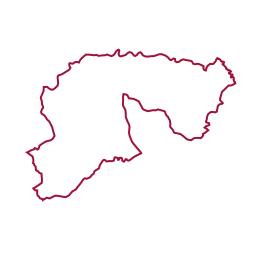 the district of Tupambaé, Cerro Largo, Uruguay, rotated 105°
{"feature_id": "84410073B70761357527", "entity_name": "Tupambaé", "entity_type": "district", "adm_level": 2, "iso_a3": "URY", "parent_name": "Uruguay", "parent_adm1": "Cerro Largo", "projection": "mercator", "projection_center": [-54.805, -32.631], "detail": "fine", "context": "isolated", "style": "outline", "palette": "rose", "viewbox_px": 256, "rotation_deg": 105, "n_neighbors": 0, "source": "geoboundaries", "source_scale": "gbopen_adm2", "svg_char_len": 5532}
<svg xmlns="http://www.w3.org/2000/svg" viewBox="0 0 256 256"><g transform="rotate(105 128 128)"><path d="M110.2,220.0L113.3,219.3L114.0,219.2L114.6,219.2L115.9,219.4L120.7,220.1L121.1,220.1L121.3,220.1L121.6,220.0L121.9,219.8L123.8,218.6L124.4,218.2L125.1,218.0L126.8,217.4L127.3,217.2L127.7,216.9L128.4,216.3L128.9,216.0L129.1,215.8L129.3,215.7L129.7,215.5L130.7,215.2L131.9,215.9L133.5,216.1L134.9,216.1L136.1,215.5L136.7,214.8L136.9,213.9L137.1,212.9L137.3,212.6L137.8,211.6L138.1,211.2L138.3,210.9L138.6,210.6L140.2,208.9L140.6,208.5L140.8,208.2L141.4,207.1L141.8,206.2L142.1,205.8L146.0,202.1L146.5,201.7L147.3,201.2L153.7,197.5L154.6,196.9L155.9,197.3L157.3,197.6L158.7,198.5L160.0,199.7L160.7,201.0L161.1,202.0L161.4,202.2L161.5,202.4L162.4,203.9L162.6,204.2L166.3,207.6L167.8,208.8L168.2,208.9L169.0,208.9L170.0,208.8L170.3,208.9L170.7,209.2L170.8,209.2L171.0,209.2L171.4,209.2L171.5,209.2L171.6,209.3L172.1,209.8L172.3,210.0L172.1,210.4L172.0,210.6L171.5,212.5L171.5,212.8L172.8,213.1L174.0,215.0L175.3,216.6L175.5,216.8L176.6,217.8L177.4,218.8L177.7,219.2L179.8,213.9L180.0,213.1L181.4,212.1L183.0,211.3L184.6,210.8L186.5,210.6L186.9,209.6L188.2,208.8L189.4,207.1L191.6,206.4L192.6,205.9L193.2,203.3L194.0,202.8L194.2,201.7L194.6,200.4L194.5,199.7L197.6,198.7L199.8,197.8L203.3,197.1L206.8,200.0L208.4,201.5L209.1,202.0L210.8,203.8L211.9,202.3L212.2,201.1L211.8,199.5L212.9,199.2L214.3,199.0L215.4,198.5L216.4,198.0L216.9,197.2L217.5,196.0L218.7,194.8L218.7,194.0L218.8,193.2L218.8,192.7L218.6,192.2L218.8,191.5L219.4,191.4L216.4,188.5L216.3,185.5L213.3,182.1L212.0,180.2L211.5,176.4L211.2,172.5L210.9,170.3L208.2,167.4L206.2,166.6L203.8,165.4L200.5,162.2L198.5,161.7L195.7,160.3L191.9,158.8L189.2,157.9L187.8,156.7L187.7,154.9L186.1,152.6L184.7,151.4L182.9,150.9L181.2,149.4L178.2,149.1L174.5,145.6L171.3,145.6L168.7,144.8L166.4,144.1L165.1,143.2L164.9,141.9L165.2,141.3L165.8,140.2L165.7,139.3L164.9,138.0L164.5,136.1L164.1,134.7L162.9,133.1L161.4,133.3L160.1,133.3L159.5,132.7L159.6,131.9L159.6,130.7L159.6,130.0L160.7,129.7L161.3,129.3L161.1,128.7L160.0,128.4L159.0,128.2L158.5,126.8L158.9,126.1L160.0,125.4L161.0,125.1L161.5,124.1L161.5,123.1L159.8,122.4L158.8,122.3L158.6,121.2L159.2,120.5L159.5,119.4L158.8,118.2L154.4,114.7L150.2,110.2L149.0,108.7L148.3,109.2L141.9,118.5L140.0,120.8L135.7,124.0L132.6,125.7L130.7,126.1L126.5,126.8L124.2,128.0L122.0,130.0L118.4,132.7L116.5,133.4L114.7,133.9L111.6,135.0L110.5,135.9L107.4,138.8L103.2,139.7L99.2,140.8L97.0,141.2L96.4,141.1L96.2,138.6L96.4,137.2L97.6,136.1L98.5,135.3L99.1,134.8L98.7,132.4L98.4,129.8L98.7,128.5L99.4,124.7L104.3,119.9L105.5,119.0L106.1,117.8L106.5,115.4L106.6,113.2L104.2,108.1L103.9,106.2L102.3,103.8L102.3,101.1L102.3,97.5L102.8,96.4L104.7,95.3L106.2,93.7L106.8,92.4L108.2,91.2L109.6,89.7L112.8,88.2L114.8,87.9L116.2,87.3L117.9,84.6L119.4,83.2L120.4,82.5L120.6,81.4L120.3,78.1L120.3,75.6L121.3,73.1L123.6,68.2L123.7,65.5L123.4,63.8L120.7,61.6L119.5,58.3L119.0,55.2L117.3,54.0L115.3,53.5L114.4,54.1L112.5,52.2L110.5,50.7L109.4,49.9L108.5,51.6L107.8,54.1L105.8,52.8L104.7,50.9L103.8,50.2L102.4,50.9L102.3,53.8L101.7,54.3L99.4,54.2L95.6,54.5L93.5,54.0L91.0,52.0L90.5,49.6L90.3,47.8L89.2,46.5L86.2,46.7L83.9,46.9L82.4,46.4L81.4,45.6L80.3,43.5L79.5,42.9L78.9,43.5L78.2,45.0L77.4,46.1L76.4,46.6L68.9,46.6L60.9,41.8L60.1,39.1L58.2,37.0L57.1,35.9L55.9,36.6L56.0,36.9L56.0,37.1L55.9,37.3L54.6,38.2L53.7,38.6L53.4,38.7L53.0,38.5L52.8,38.6L52.4,38.7L52.1,39.0L51.9,39.1L51.7,39.3L51.6,39.5L51.4,39.8L51.5,40.0L51.6,40.4L51.9,40.6L52.2,41.0L52.5,41.2L52.5,41.4L52.5,41.5L52.3,41.8L52.2,41.9L51.8,41.9L51.4,41.7L50.2,40.8L49.8,40.8L49.6,40.8L49.4,40.9L49.3,41.1L49.3,41.4L49.4,41.6L49.8,42.5L49.7,43.0L49.4,43.3L49.3,43.5L49.3,44.1L49.1,44.4L48.8,44.7L48.6,44.8L48.3,44.7L48.2,44.6L48.1,44.4L47.9,44.0L47.5,43.6L47.2,43.5L47.0,43.2L46.8,43.1L46.7,43.2L46.6,43.3L46.5,43.8L46.1,44.2L46.0,45.2L46.1,45.8L46.4,46.2L46.4,46.4L46.2,46.8L45.7,46.9L45.6,47.2L45.4,48.5L45.2,48.7L44.7,48.6L44.4,48.8L44.2,48.9L43.5,50.3L42.7,51.1L42.6,51.4L42.6,51.8L42.4,52.3L42.2,52.9L42.1,53.0L41.8,53.2L41.6,53.2L41.4,53.1L41.2,53.0L40.8,52.4L39.7,52.2L39.5,52.4L39.3,52.6L39.3,53.4L39.4,54.2L39.7,54.8L39.6,55.2L39.4,55.4L38.9,55.8L38.2,56.6L37.8,57.4L37.8,58.0L38.0,58.7L38.0,58.9L38.0,59.1L37.8,59.2L37.4,59.3L36.9,59.4L36.6,59.4L39.0,60.5L41.1,60.7L44.0,62.2L44.6,63.8L44.8,65.3L47.4,67.2L49.5,67.7L51.3,67.8L52.3,67.7L52.4,68.3L52.2,69.2L52.0,69.7L51.2,70.5L50.2,70.7L49.3,70.7L48.7,71.2L48.1,74.2L47.8,76.9L49.1,80.0L49.1,81.5L48.1,82.6L47.0,83.8L46.9,85.6L47.4,89.5L47.3,92.1L48.6,94.1L49.6,95.0L50.5,95.4L51.8,97.6L51.7,98.4L51.4,99.5L50.1,100.1L49.1,100.6L49.2,102.2L50.3,103.1L51.4,104.1L51.2,105.0L50.5,106.2L49.2,108.1L48.4,110.5L48.0,114.3L48.4,116.2L49.1,117.5L51.8,121.5L52.8,124.6L53.9,127.4L54.4,129.4L54.2,131.4L53.5,133.2L52.4,134.0L51.6,135.7L52.4,136.8L53.5,137.7L55.3,138.4L56.6,139.8L56.5,140.9L55.5,142.3L54.4,144.0L54.3,146.1L55.0,147.0L56.4,148.2L58.2,149.3L59.6,151.7L60.7,153.5L60.6,154.8L59.7,155.8L58.5,156.4L57.0,156.3L55.4,156.5L54.8,157.2L55.2,158.0L56.6,159.0L57.8,159.6L60.3,160.2L61.8,161.2L62.8,162.6L62.7,165.5L62.4,167.3L63.5,168.6L64.8,172.4L65.9,175.0L65.6,177.5L66.5,179.5L67.1,184.0L68.0,187.6L69.9,189.0L73.2,191.1L75.2,191.9L77.5,192.4L77.3,193.6L78.0,196.1L80.2,198.0L80.4,200.9L81.2,201.4L83.3,200.6L84.8,199.2L87.0,199.9L88.9,201.7L93.1,205.6L95.4,209.0L96.9,209.2L99.5,208.3L102.8,207.1L105.5,207.0L108.4,208.8L110.4,210.5L110.8,212.2L110.2,214.8L109.2,216.6L110.2,220.0Z" fill="none" stroke="#9f1239" stroke-width="2"/></g></svg>